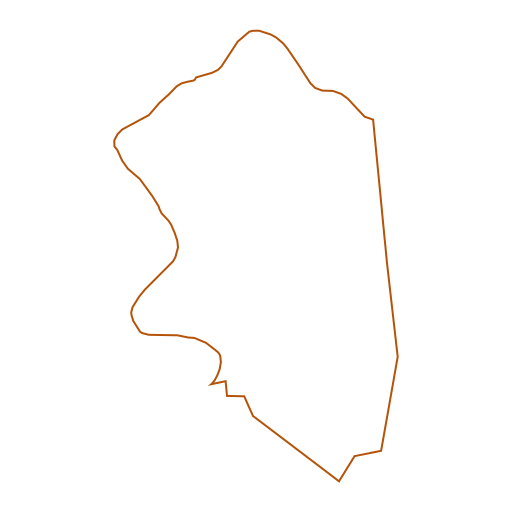 Boone, Kentucky, United States of America (Albers equal-area conic projection)
{"feature_id": "52423323B16120652166140", "entity_name": "Boone", "entity_type": "district", "adm_level": 2, "iso_a3": "USA", "parent_name": "United States of America", "parent_adm1": "Kentucky", "projection": "albers", "projection_center": [-84.783, 38.962], "detail": "fine", "context": "isolated", "style": "outline", "palette": "amber", "viewbox_px": 512, "rotation_deg": 0, "n_neighbors": 0, "source": "geoboundaries", "source_scale": "gbopen_adm2", "svg_char_len": 1193}
<svg xmlns="http://www.w3.org/2000/svg" viewBox="0 0 512 512"><path d="M132.5,172.7L139.9,179.1L145.1,186.2L152.4,196.2L158.6,206.3L159.5,209.1L161.7,213.5L168.6,220.8L171.2,224.8L174.6,232.7L177.3,240.8L178.0,247.5L175.4,257.1L173.0,261.4L145.0,289.5L139.3,296.4L132.6,307.1L131.2,312.3L131.6,315.6L133.3,321.0L139.4,330.7L139.8,331.5L142.0,333.0L148.7,334.8L177.4,335.3L188.2,337.5L194.2,337.9L206.0,342.8L217.5,351.8L219.1,353.6L220.2,355.8L220.9,362.0L219.7,369.1L217.3,375.4L214.8,380.0L212.2,383.4L211.3,384.2L225.6,381.2L227.0,395.9L244.2,396.3L253.0,416.0L317.6,465.0L339.0,481.3L354.6,456.1L381.1,450.8L387.8,413.0L397.7,356.8L386.9,262.2L385.2,244.3L384.4,236.5L379.7,187.6L374.5,134.3L373.1,119.6L364.6,116.7L347.7,98.6L341.2,93.9L332.8,90.9L322.3,90.6L315.1,87.9L310.5,83.4L307.9,79.4L298.9,65.4L287.5,48.7L283.2,43.4L276.0,37.4L270.5,34.4L259.0,30.7L252.8,30.8L249.3,31.7L237.7,41.6L221.4,66.5L217.9,69.9L212.1,72.8L196.1,77.4L194.7,79.9L193.3,80.6L187.3,81.8L181.5,83.4L176.8,86.2L169.0,94.2L159.5,102.8L148.9,115.1L139.2,120.3L122.3,129.4L117.6,134.1L114.3,140.3L114.4,146.4L117.2,149.8L122.1,160.5L127.9,168.8L132.5,172.7Z" fill="none" stroke="#b45309" stroke-width="2"/></svg>